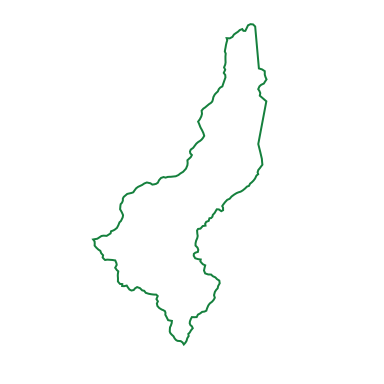 the district of Rio do Pires, Bahia, Brazil, rotated 253°
{"feature_id": "56859067B13146524318687", "entity_name": "Rio do Pires", "entity_type": "district", "adm_level": 2, "iso_a3": "BRA", "parent_name": "Brazil", "parent_adm1": "Bahia", "projection": "orthographic", "projection_center": [-42.161, -13.135], "detail": "fine", "context": "isolated", "style": "outline", "palette": "green", "viewbox_px": 384, "rotation_deg": 253, "n_neighbors": 0, "source": "geoboundaries", "source_scale": "gbopen_adm2", "svg_char_len": 3924}
<svg xmlns="http://www.w3.org/2000/svg" viewBox="0 0 384 384"><g transform="rotate(253 192 192)"><path d="M329.0,270.1L326.9,270.1L324.6,268.6L322.7,267.5L320.3,266.3L316.9,264.5L314.5,264.7L311.8,263.6L308.8,262.7L306.1,262.0L304.1,261.0L301.8,259.1L299.2,259.5L296.6,257.2L294.2,258.0L291.8,257.5L289.1,255.5L286.1,253.3L284.1,251.9L283.6,249.5L282.5,247.7L280.6,246.1L279.7,244.2L278.6,242.3L276.5,240.2L274.3,239.0L272.6,237.8L271.7,236.2L271.0,233.9L269.9,231.3L269.0,229.2L268.4,227.2L267.0,225.0L263.8,224.4L261.6,223.0L259.3,220.8L257.5,218.4L255.5,218.7L253.8,218.8L251.3,219.0L247.9,219.7L245.1,220.1L242.1,220.1L240.5,218.3L239.3,216.5L238.5,214.6L238.0,212.6L237.0,210.3L235.4,208.1L233.9,206.1L232.9,203.2L231.3,201.9L229.4,201.7L227.4,202.7L225.7,201.0L223.7,196.9L221.0,196.3L218.9,195.4L216.1,193.1L213.9,189.4L213.1,186.2L212.2,184.0L211.8,181.1L212.7,176.4L213.5,173.4L213.5,170.9L214.6,169.2L214.5,166.5L212.9,163.9L210.9,162.1L210.3,160.1L210.4,158.0L210.7,156.2L212.5,154.8L214.3,151.6L214.1,148.9L213.3,146.3L213.0,144.2L212.7,142.0L211.9,139.7L210.0,137.1L208.9,135.8L208.8,133.9L209.1,129.5L207.3,125.3L206.0,124.0L203.9,123.3L202.3,122.0L201.2,120.2L199.5,119.4L196.5,118.2L193.9,118.8L192.0,119.1L190.0,119.3L188.0,118.3L186.6,117.0L185.0,115.5L184.2,113.8L181.8,111.9L179.6,109.7L178.5,106.9L178.2,105.1L178.1,103.1L176.2,102.0L175.7,100.2L175.0,97.6L176.1,94.7L176.4,92.6L175.9,90.9L175.0,87.8L175.5,83.6L173.2,84.4L171.2,83.9L169.2,83.2L166.8,84.2L164.2,85.7L162.6,87.1L159.9,87.3L157.5,88.5L155.5,87.4L153.9,88.1L152.4,89.0L152.1,91.2L151.3,93.3L150.3,95.9L149.0,98.6L146.1,98.9L144.3,98.7L142.0,96.4L139.3,97.3L137.7,98.3L135.2,97.1L133.5,96.5L131.2,96.0L128.1,95.0L125.2,96.2L124.3,98.4L122.5,97.7L121.8,99.5L121.6,102.2L119.2,102.9L117.0,103.7L115.5,105.3L115.3,107.6L116.5,109.4L117.1,111.7L115.3,114.1L112.5,115.6L111.5,117.4L109.1,118.3L107.3,120.9L106.2,123.0L105.2,125.2L104.3,127.8L102.5,128.8L100.0,126.7L97.4,127.4L95.6,125.8L93.1,125.6L90.7,126.7L88.5,128.6L87.4,130.0L85.9,131.3L84.2,131.3L82.4,130.6L79.9,131.1L76.4,131.7L74.6,135.1L72.5,134.2L70.4,132.7L69.0,131.4L67.0,130.6L64.9,129.9L63.2,130.1L61.5,130.9L59.5,132.1L57.0,132.6L55.2,133.4L53.9,134.6L52.7,137.6L50.9,139.0L48.6,139.6L49.8,141.6L51.3,143.3L53.5,144.7L55.2,146.7L57.4,147.0L58.2,148.7L60.0,150.6L61.5,152.9L63.6,152.6L65.1,151.6L67.1,151.4L68.9,152.2L70.8,153.7L72.4,155.3L71.6,157.6L71.0,159.9L73.0,161.8L73.5,164.3L74.4,166.7L74.0,169.0L74.3,171.0L76.2,172.3L78.7,174.4L80.2,176.4L81.3,179.3L82.7,181.4L84.2,182.9L86.9,182.9L89.8,184.7L91.4,186.6L92.3,188.3L94.4,189.5L96.6,191.8L99.3,192.2L101.4,190.4L103.5,189.4L105.4,187.3L107.5,186.1L108.4,183.4L110.3,180.8L113.4,180.5L116.1,182.0L118.0,183.2L119.7,181.3L121.7,180.3L123.3,179.7L124.9,180.6L125.9,178.4L127.7,175.7L130.5,175.0L132.3,175.7L133.0,177.5L133.0,180.1L134.9,181.1L137.2,181.0L139.7,179.7L141.9,180.4L144.2,181.7L146.3,183.5L148.3,184.6L150.6,184.9L153.7,185.6L154.9,187.0L154.5,189.4L156.3,192.3L155.9,195.1L157.8,195.3L159.3,196.9L159.5,199.5L161.8,201.0L161.5,202.7L162.4,204.3L164.0,205.2L165.4,207.6L167.0,209.3L168.2,210.6L167.5,212.6L165.1,214.4L165.5,216.4L167.9,217.1L169.7,216.8L170.8,218.1L172.6,220.6L174.2,223.4L174.5,226.0L176.1,228.5L177.2,231.6L177.9,234.3L178.1,236.3L178.1,238.6L178.7,241.0L179.8,243.7L181.1,246.2L181.2,248.3L183.0,250.0L183.8,252.0L184.9,254.1L186.4,256.2L188.9,258.5L189.7,260.5L191.7,260.5L193.7,261.9L195.0,263.9L196.3,265.6L197.5,267.3L200.1,267.8L203.3,268.5L210.7,269.0L218.5,269.4L257.0,289.6L264.3,285.0L266.6,286.2L268.9,286.0L271.0,285.4L273.3,287.4L274.3,289.5L274.7,292.4L276.3,294.2L277.9,296.2L280.4,295.9L282.9,295.9L286.3,296.9L288.8,294.8L290.6,292.1L331.8,300.8L334.4,299.4L335.4,297.0L335.0,294.3L332.6,292.1L330.5,290.1L331.1,288.3L333.1,287.7L332.9,285.0L331.8,282.8L331.1,280.4L330.3,278.1L328.5,276.0L327.9,273.0L329.0,270.1Z" fill="none" stroke="#15803d" stroke-width="2"/></g></svg>